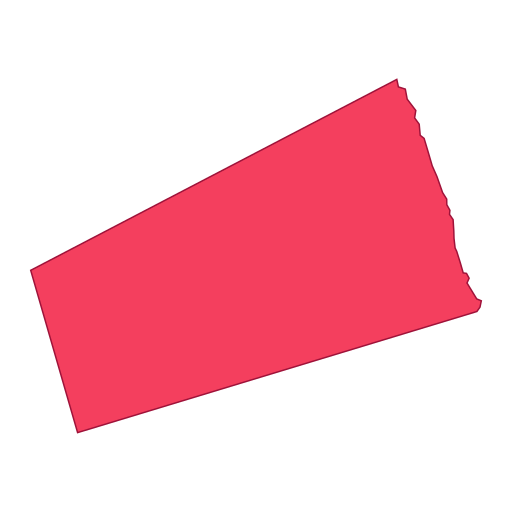 the district of Ngermelech, Melekeok, Palau
{"feature_id": "81905179B18672892914333", "entity_name": "Ngermelech", "entity_type": "district", "adm_level": 2, "iso_a3": "PLW", "parent_name": "Palau", "parent_adm1": "Melekeok", "projection": "robinson", "projection_center": [134.633, 7.502], "detail": "fine", "context": "isolated", "style": "filled", "palette": "rose", "viewbox_px": 512, "rotation_deg": 0, "n_neighbors": 0, "source": "geoboundaries", "source_scale": "gbopen_adm2", "svg_char_len": 544}
<svg xmlns="http://www.w3.org/2000/svg" viewBox="0 0 512 512"><path d="M30.7,270.3L77.6,432.6L476.9,311.5L480.0,307.1L481.3,300.8L476.7,298.9L467.0,283.0L469.1,278.2L466.5,273.4L463.2,272.9L460.3,262.8L456.7,251.3L455.1,248.0L454.0,238.4L453.8,231.1L453.1,219.6L449.5,214.4L449.9,210.3L446.8,204.7L446.7,199.1L442.6,192.6L437.0,176.7L432.2,165.8L428.2,152.1L424.1,138.4L420.2,135.3L419.2,124.2L414.6,117.9L415.8,110.5L407.2,99.2L405.3,89.1L402.5,88.2L398.4,86.9L396.8,79.4L30.7,270.3Z" fill="#f43f5e" stroke="#9f1239" stroke-width="1.5"/></svg>